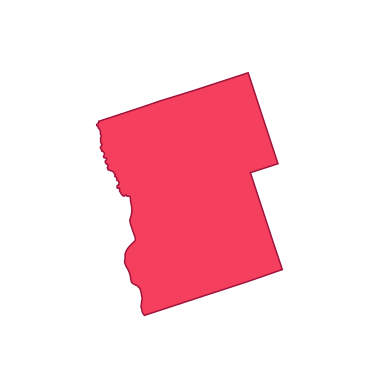 the district of Picún Leufú, Neuquén, Argentina, rotated 116°
{"feature_id": "61730980B82324044769491", "entity_name": "Picún Leufú", "entity_type": "district", "adm_level": 2, "iso_a3": "ARG", "parent_name": "Argentina", "parent_adm1": "Neuquén", "projection": "mercator", "projection_center": [-69.301, -39.408], "detail": "fine", "context": "isolated", "style": "filled", "palette": "rose", "viewbox_px": 384, "rotation_deg": 116, "n_neighbors": 0, "source": "geoboundaries", "source_scale": "gbopen_adm2", "svg_char_len": 4558}
<svg xmlns="http://www.w3.org/2000/svg" viewBox="0 0 384 384"><g transform="rotate(116 192 192)"><path d="M101.9,236.9L123.7,260.2L139.6,276.2L169.1,306.6L169.3,306.8L169.4,306.7L169.7,306.6L170.0,306.5L170.6,306.3L171.4,306.5L172.0,306.8L172.8,307.1L173.4,307.2L173.7,307.0L174.1,306.8L174.2,306.5L174.1,306.1L174.1,305.6L174.3,305.2L174.5,304.9L174.8,304.8L175.1,304.6L175.5,304.4L175.7,303.8L175.8,303.7L175.9,303.4L176.0,303.0L176.1,302.5L176.4,302.1L176.8,301.7L177.3,301.4L177.9,300.8L178.4,300.4L178.5,300.4L178.9,300.2L179.3,300.1L179.7,300.0L180.0,299.8L180.2,299.5L180.6,299.1L180.8,298.7L181.1,298.4L181.2,298.2L181.5,298.0L181.9,298.0L182.5,297.9L182.8,297.9L183.1,297.9L183.3,297.9L183.7,297.8L184.0,297.7L184.4,297.5L184.8,297.1L185.0,296.9L185.2,296.7L185.3,296.7L185.5,296.7L185.8,296.7L186.1,296.7L186.5,296.4L186.7,296.2L187.0,296.0L187.0,295.8L187.2,295.7L187.4,295.6L187.5,295.5L187.9,295.2L188.1,295.1L188.3,294.8L188.3,294.7L188.4,294.3L188.6,294.1L188.8,293.8L189.4,293.9L189.9,293.8L190.2,293.6L190.4,293.5L191.1,293.7L191.6,293.9L191.8,293.9L192.2,293.9L192.4,293.7L192.7,293.4L193.0,293.1L193.2,292.6L193.4,292.1L193.6,291.8L193.6,291.7L193.9,291.5L194.0,291.5L194.1,291.4L194.5,291.4L194.9,290.9L194.8,290.5L194.8,290.1L194.7,289.8L194.6,289.5L194.7,289.0L195.0,288.5L195.2,288.2L195.7,287.7L195.9,287.6L196.1,287.5L196.3,287.4L196.8,287.2L197.6,287.2L198.0,287.2L198.3,287.3L198.8,287.1L199.2,286.9L199.6,286.5L199.7,286.2L199.7,285.6L199.5,285.2L199.3,284.7L199.2,284.3L199.1,283.9L199.2,283.5L199.4,283.3L199.7,283.1L200.1,283.0L200.8,283.1L201.2,283.2L201.6,283.3L202.2,283.5L202.4,283.4L202.5,283.4L203.1,283.1L203.4,282.8L203.7,282.5L203.8,282.4L203.8,282.1L204.0,281.8L204.3,281.3L204.3,281.0L204.4,280.5L204.2,280.4L204.2,280.2L204.2,279.8L204.4,279.5L204.6,279.3L204.7,279.2L205.1,279.0L206.2,278.8L206.9,278.9L207.1,278.9L208.0,278.1L208.3,277.7L208.5,277.5L208.8,277.1L208.8,276.8L208.7,276.2L208.5,275.6L208.6,274.9L208.5,274.1L208.3,273.8L208.2,273.1L208.3,272.4L208.4,271.8L208.5,271.3L208.5,271.0L208.7,270.8L208.9,270.5L209.3,270.2L209.7,269.8L209.8,269.5L209.7,269.1L209.7,268.8L209.9,268.5L210.4,268.4L210.8,268.4L211.2,268.4L211.5,268.4L211.8,268.2L211.9,267.9L212.0,267.5L212.0,267.1L212.0,266.9L212.1,266.5L212.3,266.1L212.5,265.8L212.7,265.4L212.9,265.4L213.0,265.4L213.4,265.2L213.7,265.1L214.2,264.9L214.4,264.6L214.3,264.3L214.3,263.8L214.5,263.1L214.7,262.7L215.0,262.4L215.1,262.2L215.3,262.0L215.7,261.7L216.0,261.3L216.3,261.1L216.8,261.1L217.1,261.2L217.3,261.3L217.5,261.4L217.8,261.3L218.0,261.2L218.4,261.4L218.6,261.7L219.0,262.0L219.3,262.0L219.6,261.9L219.9,261.7L220.4,261.5L221.0,261.2L221.3,260.7L221.1,260.2L220.7,259.6L220.4,259.0L220.4,258.9L220.7,258.6L220.9,258.3L221.6,258.1L222.0,258.0L222.5,257.7L222.9,257.4L223.6,256.4L223.9,255.9L224.0,255.8L224.4,255.0L224.9,254.4L225.1,254.2L225.2,253.6L225.4,253.1L225.5,252.7L225.8,252.1L225.5,251.3L225.2,250.9L224.7,250.7L224.3,250.6L223.9,250.6L223.7,249.8L224.1,249.1L224.2,248.5L223.9,247.8L223.5,247.0L223.4,246.4L223.4,245.6L223.7,245.3L224.0,245.0L225.4,244.1L227.0,243.4L228.4,242.2L229.8,241.2L231.1,240.3L231.8,239.8L233.1,239.0L234.0,238.4L235.1,237.9L236.5,237.3L238.9,236.6L240.1,236.3L241.3,236.1L242.8,235.9L243.6,235.8L243.8,235.7L244.5,235.6L245.8,234.8L246.2,234.5L247.0,233.9L247.5,233.5L248.0,233.0L248.4,232.6L248.5,232.5L248.8,232.2L249.5,231.6L249.9,231.2L250.1,231.0L250.2,230.8L250.7,230.4L251.2,229.8L251.9,229.2L253.5,227.6L254.2,226.8L254.6,226.4L255.2,225.9L255.8,225.1L256.4,224.6L257.2,223.6L257.9,223.2L259.9,221.9L260.8,221.9L261.1,221.9L263.2,222.7L266.7,223.9L268.0,224.3L268.8,224.6L269.8,224.8L270.9,225.0L271.5,225.1L272.0,225.2L272.9,225.2L273.3,225.2L274.1,225.2L274.9,225.2L275.6,225.1L276.1,225.1L277.3,224.8L278.0,224.6L278.4,224.4L279.1,224.0L280.2,223.4L281.8,222.8L283.1,222.4L284.5,222.0L286.7,219.8L287.1,219.4L287.8,218.6L288.2,217.9L289.7,215.6L291.0,214.1L291.8,213.1L293.1,211.9L294.7,210.5L296.9,209.0L298.7,207.6L299.6,206.7L300.0,206.1L300.4,202.9L300.4,202.3L300.3,201.2L300.2,200.2L300.9,198.4L301.0,198.3L301.0,198.1L301.7,196.4L303.6,194.5L304.2,194.1L304.3,194.0L305.8,192.9L306.6,192.3L307.4,191.8L307.6,191.7L309.2,190.2L312.5,189.3L312.6,189.2L315.9,188.1L317.7,187.5L318.6,186.4L319.1,186.0L320.9,184.7L321.5,184.3L321.9,183.8L322.2,183.4L322.9,182.4L323.8,180.7L323.7,180.6L306.1,162.5L275.5,131.0L271.1,126.4L249.1,103.7L222.1,76.8L221.8,77.1L202.3,96.3L149.0,148.0L128.9,127.1L88.5,166.4L60.2,193.8L101.9,236.9Z" fill="#f43f5e" stroke="#9f1239" stroke-width="1.5"/></g></svg>